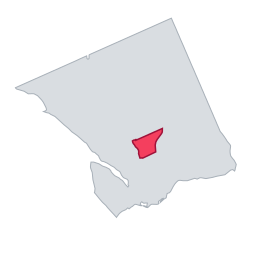 where Al Minya sits in Egypt, rotated 156°
{"feature_id": "EGY-1545", "entity_name": "Al Minya", "entity_type": "Governorate", "adm_level": 1, "iso_a3": "EGY", "parent_name": "Egypt", "parent_adm1": "", "projection": "natural_earth1", "projection_center": [30.491, 28.195], "detail": "fine", "context": "in_parent", "style": "filled", "palette": "rose", "viewbox_px": 256, "rotation_deg": 156, "n_neighbors": 0, "source": "natural_earth", "source_scale": "10m", "svg_char_len": 3552}
<svg xmlns="http://www.w3.org/2000/svg" viewBox="0 0 256 256"><g transform="rotate(156 128 128)"><path d="M214.5,210.6L209.8,210.6L205.1,210.6L200.4,210.6L195.6,210.6L190.9,210.6L186.2,210.6L181.5,210.6L176.8,210.6L172.1,210.6L167.4,210.6L162.7,210.6L158.0,210.6L153.2,210.6L148.5,210.6L143.8,210.7L139.1,210.7L136.4,210.7L136.9,209.1L137.2,208.1L136.8,207.3L135.9,207.1L135.3,207.4L133.9,210.5L133.2,210.7L131.5,210.7L126.0,210.7L120.5,210.7L115.1,210.7L109.6,210.7L104.1,210.7L98.6,210.7L93.1,210.7L87.6,210.7L82.1,210.7L76.6,210.7L71.2,210.7L65.7,210.7L60.2,210.7L54.7,210.7L49.2,210.7L43.7,210.7L43.8,206.8L43.8,203.0L43.8,199.1L43.9,195.3L43.9,191.5L44.0,187.6L44.0,183.8L44.0,179.9L44.1,176.1L44.1,172.2L44.2,168.4L44.2,164.6L44.3,160.7L44.3,156.9L44.3,153.0L44.4,149.2L44.4,145.3L44.5,141.5L44.5,137.7L44.6,133.8L44.6,130.0L44.7,126.1L44.7,122.3L44.8,118.4L44.8,114.6L44.9,110.7L44.9,106.9L45.0,103.1L45.0,99.2L45.1,95.4L45.1,91.5L45.2,87.7L45.1,87.0L44.3,84.3L43.6,81.0L42.9,76.9L42.8,75.6L41.6,71.4L41.5,70.2L41.8,69.4L44.0,65.8L44.7,64.1L45.3,62.0L45.5,60.4L44.9,57.8L44.2,55.5L44.0,53.1L43.9,50.8L45.0,49.2L46.3,47.7L46.8,46.8L47.6,45.8L48.1,45.3L49.2,47.4L51.3,47.8L58.5,45.9L66.4,47.8L70.8,48.5L77.4,50.1L81.5,52.9L82.6,53.3L85.6,53.2L87.5,54.9L95.2,55.7L99.2,57.5L101.6,59.0L103.0,59.5L104.2,59.4L105.9,58.8L108.0,57.8L110.3,56.3L115.0,52.6L116.7,52.0L117.8,52.2L119.1,52.1L119.7,51.1L120.4,50.4L120.8,49.7L121.5,48.7L124.0,48.4L128.9,46.8L128.4,47.6L123.9,49.4L125.8,49.6L127.8,49.0L130.0,48.6L130.4,47.9L130.7,46.4L131.2,46.2L132.7,46.5L137.3,48.7L138.5,48.7L141.7,47.5L142.4,47.3L143.5,47.9L145.9,50.7L145.1,50.6L142.5,48.3L142.3,49.5L140.8,51.5L142.6,52.4L144.1,52.8L144.9,53.9L145.4,55.0L146.9,54.5L148.0,53.1L147.4,52.3L147.0,51.5L147.5,51.5L148.5,52.2L151.5,54.8L152.5,55.4L153.6,55.3L156.0,54.5L156.7,54.6L159.9,53.7L160.2,54.4L160.8,55.1L163.3,54.3L167.4,54.3L170.7,53.4L174.5,51.3L174.8,51.0L175.0,51.5L175.5,53.0L176.7,56.6L177.7,59.5L179.0,63.5L179.4,65.0L179.6,66.0L181.5,70.4L182.6,74.0L183.4,76.9L184.5,81.1L185.0,82.6L184.3,83.4L182.7,86.2L181.1,94.9L178.8,101.8L178.5,106.1L178.2,107.6L177.0,109.8L175.7,111.9L173.2,110.8L169.1,107.1L166.7,103.5L164.2,101.2L161.8,98.2L161.1,96.0L161.2,94.6L160.1,91.2L159.3,89.5L156.4,85.9L155.6,83.9L154.9,83.1L154.3,81.9L153.2,77.1L152.1,74.1L150.8,74.9L151.0,76.2L149.9,78.0L149.2,80.0L149.7,81.6L152.1,84.2L152.6,85.3L153.1,87.7L153.1,90.9L153.5,92.0L155.2,94.4L155.9,95.9L156.3,97.1L156.9,98.2L158.6,100.3L161.2,104.3L163.6,107.0L165.4,108.3L166.1,109.7L166.3,113.0L166.2,114.6L167.7,117.7L168.3,119.2L169.8,120.4L170.5,121.9L171.1,124.2L172.1,131.0L173.4,132.7L177.5,141.7L180.9,147.4L182.5,151.7L185.1,156.9L190.0,168.2L193.0,171.8L194.1,173.7L196.2,175.2L198.5,177.4L196.4,177.2L195.8,177.4L195.1,177.7L194.7,179.1L194.6,180.2L194.9,185.9L195.5,188.8L197.5,194.4L198.9,196.1L199.6,197.1L200.6,197.9L205.2,199.8L207.9,203.8L213.9,208.9L214.5,210.3L214.5,210.6Z" fill="#d9dde1" stroke="#a8b0b8" stroke-width="1"/><path d="M96.8,113.6L97.9,111.2L98.6,110.1L99.6,109.3L106.1,105.6L108.3,103.9L110.1,101.3L112.4,94.9L126.8,94.5L127.0,94.8L129.3,95.7L128.8,99.8L128.7,100.2L128.7,100.4L128.0,101.6L127.6,102.8L127.5,103.2L127.5,103.5L127.6,104.4L127.7,105.2L127.7,105.4L127.8,105.6L128.5,107.2L128.8,107.9L128.8,108.3L129.0,109.9L129.0,110.3L129.4,111.2L129.4,111.6L129.5,112.1L129.5,112.5L129.5,112.8L129.2,114.4L127.7,114.6L126.8,114.2L126.7,114.2L126.1,114.4L125.8,114.4L125.4,114.2L125.5,114.0L125.7,113.6L96.8,113.6Z" fill="#f43f5e" stroke="#9f1239" stroke-width="1.5"/></g></svg>